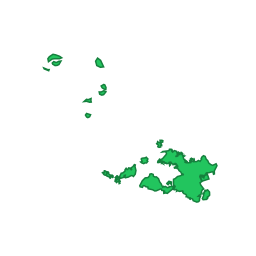 outline of Yeosu-si, South Jeolla, South Korea, rotated 110°
{"feature_id": "91817680B8944082307158", "entity_name": "Yeosu-si", "entity_type": "district", "adm_level": 2, "iso_a3": "KOR", "parent_name": "South Korea", "parent_adm1": "South Jeolla", "projection": "orthographic", "projection_center": [127.649, 34.449], "detail": "fine", "context": "isolated", "style": "filled", "palette": "green", "viewbox_px": 256, "rotation_deg": 110, "n_neighbors": 0, "source": "geoboundaries", "source_scale": "gbopen_adm2", "svg_char_len": 5821}
<svg xmlns="http://www.w3.org/2000/svg" viewBox="0 0 256 256"><g transform="rotate(110 128 128)"><path d="M131.3,42.0L130.6,43.8L128.3,45.8L128.2,47.6L130.1,48.7L131.7,48.8L132.0,48.2L134.7,48.9L134.4,50.7L136.0,51.9L137.2,54.7L135.4,54.7L134.8,55.1L137.0,55.7L137.5,56.8L137.0,58.5L136.1,57.3L135.4,57.5L135.3,56.7L134.7,56.7L135.0,57.4L134.7,58.1L135.6,58.7L136.0,58.3L137.9,58.8L138.6,58.0L138.7,57.1L139.0,57.1L140.3,59.9L139.3,61.0L139.4,61.4L140.3,61.1L140.8,61.4L140.6,62.6L139.6,62.1L138.9,62.3L139.3,63.6L138.2,63.8L138.3,64.8L137.1,65.8L136.3,66.2L135.0,65.3L135.1,65.9L134.8,66.1L135.5,66.2L135.5,67.2L134.0,68.2L133.3,68.0L132.7,69.4L132.7,69.8L133.1,69.9L134.2,69.1L133.5,72.1L134.4,71.8L134.4,70.8L135.3,70.4L135.5,72.0L137.0,71.5L137.9,72.2L138.6,73.8L137.4,72.6L135.3,72.7L134.7,72.3L134.1,73.2L134.5,73.6L133.3,74.4L133.4,76.8L135.4,77.8L134.9,78.8L134.2,78.6L133.4,79.2L133.8,79.6L133.2,80.0L133.6,81.5L133.9,81.8L134.5,81.4L135.6,82.3L138.2,87.3L138.9,87.7L137.7,85.4L137.6,84.0L139.0,83.0L139.9,83.1L145.2,85.1L146.7,86.9L146.9,87.2L146.5,87.7L147.0,88.0L148.5,87.3L148.4,88.2L148.8,88.6L150.3,88.3L150.3,87.9L149.4,86.4L148.0,86.6L147.7,86.0L148.2,86.1L148.5,85.2L149.4,84.7L148.3,84.4L149.4,84.0L149.6,82.9L149.0,83.6L148.4,83.2L147.7,83.7L147.4,83.2L147.5,82.2L148.1,81.5L147.9,80.9L148.4,81.0L148.0,80.2L148.3,79.3L146.7,77.2L146.1,77.5L145.4,76.2L145.5,75.8L146.0,75.9L146.4,76.7L146.6,76.2L147.5,76.9L149.2,76.0L148.4,75.6L148.0,76.0L146.3,74.9L146.4,73.5L147.1,73.2L146.4,71.8L146.2,72.4L145.2,71.7L145.1,70.6L146.1,70.2L146.0,69.1L146.9,68.2L147.2,68.5L146.9,69.7L148.4,70.0L149.1,71.0L149.6,70.8L149.8,70.4L148.5,68.0L149.3,67.9L149.4,66.6L150.6,65.5L151.3,63.3L152.7,61.9L152.4,60.9L152.7,60.2L153.3,60.3L153.4,61.2L154.8,62.2L156.7,64.9L159.5,66.4L160.6,67.7L166.4,65.6L166.1,65.0L166.7,63.8L170.2,64.0L170.1,62.7L169.3,61.8L169.8,60.6L170.7,60.6L169.9,59.8L170.0,58.0L168.5,55.2L168.6,54.7L169.8,54.5L170.5,53.3L170.6,50.7L171.7,49.9L172.7,49.9L172.4,48.2L173.1,47.5L172.4,45.9L173.6,45.7L173.6,45.1L172.7,45.2L172.7,43.0L174.0,41.9L174.1,38.0L173.1,36.5L171.9,36.0L169.7,36.7L167.4,36.5L168.2,38.7L166.6,38.0L165.6,36.7L162.1,37.2L160.4,36.9L159.4,35.9L156.7,40.1L154.8,41.6L153.1,40.3L149.2,43.9L147.6,43.9L146.9,41.6L147.0,41.2L148.4,41.6L148.8,40.0L146.5,40.3L144.8,38.4L144.1,38.3L143.9,39.2L143.0,38.6L142.6,37.1L140.3,33.8L140.3,33.1L142.2,31.8L141.6,31.1L138.8,32.2L133.0,31.5L131.5,33.0L134.1,35.6L134.1,37.5L133.3,40.1L131.3,42.0ZM170.4,65.4L167.4,65.0L167.0,65.6L168.0,66.5L167.9,67.3L168.4,67.7L168.9,69.2L169.6,69.1L170.6,70.7L170.1,72.8L170.9,73.8L170.6,74.5L171.8,75.1L169.0,77.9L167.9,79.7L165.2,82.0L164.2,84.6L164.8,86.0L164.6,87.6L163.0,88.5L163.0,90.5L163.9,91.7L165.6,91.4L167.7,92.2L169.0,94.8L172.6,96.5L178.2,97.2L179.1,96.5L178.8,94.1L177.0,94.0L176.6,92.7L177.1,91.2L176.7,89.1L178.2,88.3L177.6,83.7L178.0,81.3L177.4,80.0L174.2,76.6L174.0,75.9L175.1,74.9L174.8,73.9L174.8,72.1L175.6,71.7L176.0,72.5L177.2,72.0L176.1,70.2L176.0,68.7L170.4,65.4ZM174.1,111.0L171.6,108.7L171.3,107.5L171.7,106.3L168.9,105.4L165.2,106.0L161.7,108.3L160.2,108.5L160.2,109.5L162.7,110.2L164.5,111.6L165.6,110.4L166.2,110.7L165.1,113.1L165.3,113.8L167.1,114.1L167.4,114.7L166.5,116.0L168.3,116.5L169.7,116.1L172.3,117.8L172.7,118.9L176.9,119.3L177.4,118.3L178.1,118.1L175.9,115.2L173.8,115.3L173.3,114.4L175.4,114.1L175.7,113.5L174.1,111.0ZM164.7,28.9L163.2,28.3L160.3,29.5L158.9,32.0L160.6,33.4L160.0,33.7L160.9,34.5L163.3,34.2L163.4,35.1L164.0,35.2L164.5,34.9L164.5,34.3L165.7,33.8L168.9,34.0L169.7,32.9L168.2,29.7L166.7,29.1L166.2,29.2L166.3,29.7L165.6,29.8L164.7,28.9ZM92.9,225.4L89.1,222.8L88.0,220.7L86.3,216.0L84.7,214.3L84.0,216.9L84.0,220.9L84.4,223.7L87.9,226.3L90.3,227.0L92.9,225.4ZM80.0,178.7L80.4,174.7L78.9,171.8L73.8,176.9L72.7,180.5L76.3,181.3L80.0,178.7ZM148.2,34.5L144.6,37.4L146.3,39.7L149.0,39.7L148.5,41.9L147.2,42.0L147.2,42.4L148.7,43.5L152.7,40.3L148.2,34.5ZM154.5,98.6L152.5,98.0L152.1,99.0L150.3,98.7L149.2,100.9L150.1,101.5L151.6,104.5L152.6,105.0L154.6,103.3L155.6,104.5L156.1,103.1L156.1,101.0L155.0,100.2L154.5,98.6ZM179.7,127.4L178.9,126.9L179.8,126.2L179.8,125.5L179.2,125.2L178.0,125.8L177.7,126.9L178.1,127.5L178.3,129.4L177.1,131.0L176.6,130.9L176.1,131.5L176.2,132.2L177.7,132.0L178.2,132.5L176.4,133.5L176.1,135.1L176.3,135.6L178.0,135.2L178.3,136.4L178.8,136.7L179.2,135.2L179.7,135.2L180.1,134.4L180.2,133.1L179.6,132.6L179.5,131.9L180.4,131.4L180.4,128.9L181.7,127.1L180.4,127.9L179.7,128.0L179.7,127.4ZM93.8,220.5L94.3,217.9L93.4,216.0L92.0,214.6L88.0,213.9L89.1,216.0L90.5,217.2L91.0,218.1L91.0,220.5L92.9,221.4L93.8,220.5ZM133.0,90.3L131.9,90.9L131.8,91.6L130.0,91.8L129.4,90.6L128.0,90.9L127.9,91.9L128.6,93.7L131.0,92.5L131.1,94.3L130.7,95.5L132.3,95.3L132.9,95.7L133.3,95.1L133.3,94.1L133.8,93.6L135.4,93.6L135.6,92.2L134.7,90.8L133.4,91.4L133.0,90.3ZM105.9,166.2L106.1,163.9L105.0,162.3L101.5,161.1L101.2,163.4L103.3,165.5L104.0,167.4L105.9,166.2ZM183.3,117.3L182.7,116.7L182.0,117.5L181.0,117.0L179.9,118.0L179.7,118.8L178.2,118.6L178.4,119.6L178.0,120.2L178.2,121.7L177.4,121.5L177.1,120.7L176.6,121.5L176.8,122.1L177.8,121.8L177.9,122.6L179.0,123.1L179.2,122.6L178.8,121.8L179.9,120.4L180.5,120.9L180.5,122.1L180.9,122.2L181.5,121.3L182.2,122.1L182.6,121.9L182.6,120.8L183.2,120.2L180.9,118.6L183.3,117.3ZM99.1,166.0L99.6,163.7L99.4,162.0L97.5,162.5L95.4,164.6L95.4,165.7L97.7,167.6L99.1,166.0ZM117.1,176.1L116.9,172.8L116.2,171.4L114.8,172.3L112.9,172.8L115.0,175.1L115.2,176.8L118.2,178.4L117.1,176.1ZM131.8,170.7L132.0,169.3L130.6,167.9L128.3,167.7L128.5,171.9L130.4,172.4L131.8,170.7ZM167.5,71.6L167.5,70.8L165.9,70.4L165.0,69.3L165.7,69.2L166.2,68.0L163.9,68.7L164.0,71.3L166.8,72.6L167.5,71.6ZM101.1,227.0L101.3,222.1L100.1,222.1L100.6,223.3L100.4,227.7L101.1,227.0Z" fill="#22c55e" stroke="#15803d" stroke-width="1.5"/></g></svg>